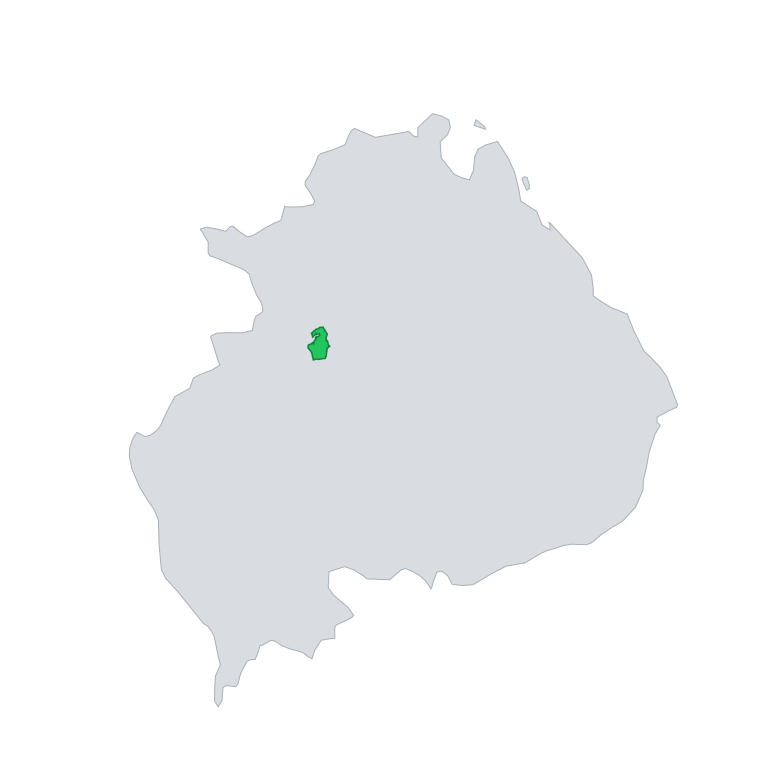 location of Kampong Siem, Kâmpóng Cham, Cambodia, rotated 161°
{"feature_id": "14789045B55326274387171", "entity_name": "Kampong Siem", "entity_type": "district", "adm_level": 2, "iso_a3": "KHM", "parent_name": "Cambodia", "parent_adm1": "Kâmpóng Cham", "projection": "robinson", "projection_center": [105.438, 12.055], "detail": "fine", "context": "in_parent", "style": "filled", "palette": "green", "viewbox_px": 768, "rotation_deg": 161, "n_neighbors": 0, "source": "geoboundaries", "source_scale": "gbopen_adm2", "svg_char_len": 7087}
<svg xmlns="http://www.w3.org/2000/svg" viewBox="0 0 768 768"><g transform="rotate(161 384 384)"><path d="M645.8,132.8L647.4,139.2L643.1,151.4L638.6,162.5L630.0,172.1L629.6,179.3L626.7,200.5L627.8,207.2L629.8,213.0L632.6,216.1L640.1,236.9L647.0,255.7L653.7,271.3L654.9,281.1L648.8,305.9L641.6,328.7L642.3,340.1L645.4,351.5L648.7,366.7L650.0,386.1L648.2,398.8L645.0,406.7L638.8,414.7L633.4,418.8L626.9,412.0L621.7,411.7L614.8,413.7L609.3,416.9L598.2,428.7L585.9,440.2L568.9,443.2L562.3,451.7L555.2,452.9L541.7,453.3L532.9,455.3L533.3,459.6L532.6,479.9L532.8,484.7L531.4,485.9L525.3,486.5L515.0,483.4L501.0,478.4L491.0,477.6L485.9,486.5L482.9,489.9L479.1,490.5L475.2,492.0L473.8,496.0L473.5,500.9L475.4,509.3L476.2,522.7L475.7,531.9L479.3,537.7L500.7,557.1L507.0,562.0L507.7,564.9L504.0,575.5L507.3,590.3L500.6,590.0L489.5,583.7L484.1,579.8L477.7,582.9L475.4,582.3L471.0,575.0L465.3,567.5L459.4,567.0L447.0,570.0L434.2,572.0L429.4,572.0L427.4,573.3L420.0,584.4L416.9,582.5L404.1,578.3L392.4,576.7L390.0,579.6L391.4,588.6L394.0,597.5L392.5,601.2L386.0,605.9L377.5,614.3L372.3,620.8L368.7,622.4L355.8,622.1L342.9,623.0L337.7,629.1L332.9,633.9L328.7,635.2L311.8,620.0L278.4,614.7L274.8,608.0L271.6,606.7L268.5,615.4L250.1,623.8L242.4,618.7L236.8,612.6L237.6,605.1L242.9,599.0L252.1,594.6L256.3,579.2L249.4,559.5L243.3,553.7L236.9,549.2L230.1,556.5L224.4,569.0L218.5,575.5L210.1,576.9L197.8,576.4L193.1,557.7L191.6,541.6L193.3,523.3L195.2,512.4L183.4,497.4L182.8,483.2L177.1,475.8L175.4,479.5L175.5,483.6L173.9,480.7L155.4,438.8L152.3,419.4L155.6,404.4L157.5,399.4L152.1,391.6L144.6,382.6L131.3,370.9L130.4,352.4L127.5,330.5L123.5,323.2L117.4,309.7L114.2,298.6L113.1,269.1L114.8,266.7L124.3,265.9L136.4,263.8L138.3,259.0L136.2,255.1L144.0,248.4L155.1,233.8L163.8,218.5L170.0,208.9L173.7,199.3L186.2,185.7L203.5,176.4L215.2,174.2L227.3,171.0L239.0,166.4L244.6,166.0L259.0,171.5L266.9,172.9L275.1,172.8L283.6,173.4L291.0,172.8L308.8,169.0L327.6,172.0L344.4,169.6L365.2,165.2L375.5,168.0L384.8,172.4L386.1,181.4L388.2,185.5L391.3,188.7L395.4,188.7L400.8,182.4L405.2,176.0L406.6,174.8L406.9,177.9L409.1,184.9L413.0,191.8L417.0,196.4L423.7,202.5L428.1,202.8L442.3,197.0L463.6,205.3L466.1,209.5L473.0,218.0L480.5,224.1L497.1,224.5L503.1,209.5L500.2,200.4L490.7,184.5L488.1,175.1L491.1,173.5L507.2,171.7L509.8,169.9L513.3,159.6L517.7,160.7L526.6,162.1L536.0,155.0L541.6,147.6L544.6,151.0L548.0,156.2L551.6,159.2L558.4,163.6L565.9,169.9L570.5,176.1L574.2,178.5L583.8,176.7L586.3,177.0L591.9,169.5L595.7,165.5L599.0,166.6L603.9,166.5L613.8,157.0L619.5,148.3L622.6,146.0L631.5,150.3L635.1,149.4L640.2,137.5L645.8,132.8ZM186.9,533.0L185.0,534.1L183.3,534.1L181.5,532.3L181.7,525.6L183.0,521.5L186.0,520.7L186.9,533.0ZM214.7,599.3L211.0,603.8L205.0,594.5L205.1,591.8L214.7,599.3Z" fill="#d9dde1" stroke="#a8b0b8" stroke-width="1"/><path d="M423.1,437.4L423.5,438.5L423.9,439.4L423.9,439.6L423.8,440.1L423.7,440.4L423.7,440.7L423.6,441.0L423.5,441.4L423.5,441.9L423.5,442.2L423.4,442.6L423.4,442.9L423.8,443.0L424.0,443.0L424.3,443.1L424.4,443.3L424.3,443.5L424.2,443.6L424.0,443.8L423.9,443.9L423.9,444.2L424.0,444.4L424.1,444.6L424.2,444.8L424.2,445.0L424.0,445.3L423.8,445.7L423.7,446.1L423.6,446.7L423.5,447.1L423.2,447.5L422.4,448.3L421.7,449.1L421.6,449.3L421.4,449.4L421.3,449.5L421.4,449.9L421.5,450.1L421.6,450.4L421.7,450.7L421.8,450.9L421.9,451.1L421.9,451.4L421.9,451.7L422.0,452.1L422.0,452.5L422.0,452.9L422.1,453.1L422.3,453.4L422.5,453.6L422.6,453.8L422.5,454.1L422.4,454.4L422.4,454.7L422.4,455.1L422.6,455.3L422.7,455.6L422.8,455.8L422.9,456.1L423.0,456.3L423.0,456.6L423.0,456.9L423.0,457.1L423.0,457.3L423.0,457.5L423.5,457.6L424.0,457.8L424.3,457.9L424.6,457.9L424.9,458.0L425.1,458.1L425.3,458.2L425.6,458.3L425.8,458.3L426.0,458.4L426.4,458.4L426.6,458.4L426.9,458.3L427.1,458.1L427.4,458.0L427.7,457.9L428.0,457.7L428.5,457.6L428.8,457.6L429.3,457.7L429.5,457.7L429.6,457.8L429.9,457.8L430.2,457.9L430.7,457.9L431.0,457.7L431.4,457.4L431.7,457.3L432.1,457.2L432.6,457.1L433.0,456.9L433.3,456.7L433.5,456.6L434.0,456.5L434.2,456.4L434.5,456.3L434.7,456.1L434.9,456.0L435.1,455.9L435.4,455.8L435.6,455.7L435.8,455.6L436.0,455.6L436.0,454.9L436.0,454.2L436.0,453.5L436.1,452.7L436.1,451.9L436.1,451.6L435.9,451.7L435.6,451.9L435.4,452.0L435.2,452.1L434.9,452.3L434.7,452.4L434.4,452.6L434.2,452.7L434.0,452.8L433.6,453.0L433.3,453.2L432.8,453.5L432.5,453.6L432.1,453.9L432.0,454.0L431.9,453.7L432.0,452.8L428.8,452.8L428.8,451.1L428.9,450.9L429.2,450.8L429.5,450.7L429.8,450.6L430.1,450.5L430.4,450.5L430.6,450.5L430.9,450.4L431.1,450.3L431.3,450.3L431.5,450.4L431.6,450.5L431.8,450.4L432.0,450.4L432.2,450.5L432.4,450.6L432.5,450.7L432.6,450.8L432.7,450.7L432.7,450.4L432.7,450.2L432.8,450.2L433.1,450.2L433.2,450.3L433.4,450.4L433.5,450.4L433.7,450.2L433.7,449.9L433.5,449.7L433.4,449.5L433.4,449.4L433.4,449.1L433.4,448.9L433.5,448.9L434.3,448.8L434.5,448.6L434.5,448.3L434.6,448.2L434.8,448.1L435.0,447.9L435.3,447.6L435.5,447.5L435.8,447.4L436.2,447.3L436.3,447.2L436.5,446.9L436.6,446.6L436.8,446.2L437.0,445.8L437.1,445.5L437.3,445.2L437.5,445.0L437.6,444.8L437.8,445.2L438.0,446.4L438.2,446.5L439.2,445.7L439.5,445.6L440.8,445.6L441.1,445.6L441.3,445.6L441.5,445.7L441.8,445.7L442.1,445.7L442.9,445.4L443.4,444.6L443.6,444.2L443.8,443.6L443.9,443.4L444.0,443.1L444.0,442.8L444.0,442.6L444.0,442.4L443.9,442.3L443.9,442.1L443.8,441.9L443.7,441.7L443.6,441.4L443.4,441.2L443.3,440.8L443.2,440.6L443.1,440.4L443.1,440.2L442.9,440.0L442.9,439.8L442.8,439.6L442.7,439.4L442.7,439.1L442.6,438.9L442.6,438.7L442.5,438.3L442.4,438.0L442.4,437.8L442.2,437.6L442.2,437.4L442.1,437.2L442.2,436.9L442.2,436.5L442.2,436.4L442.2,436.0L442.3,435.9L442.3,435.7L442.4,435.2L442.4,434.9L442.4,434.7L442.5,434.5L442.5,434.3L442.5,434.0L442.5,433.9L442.6,433.7L442.6,433.4L442.6,433.2L442.6,432.9L442.6,432.7L442.7,432.3L442.7,432.2L442.7,431.9L442.7,431.6L442.7,431.4L442.8,431.2L442.8,430.9L442.8,430.7L442.9,430.3L442.9,430.2L443.0,430.1L443.0,429.9L442.8,430.0L442.7,430.0L442.4,429.9L442.0,429.7L441.8,429.7L441.7,429.7L441.3,429.7L441.1,429.6L440.8,429.8L440.5,429.8L440.4,429.8L440.2,429.8L439.9,429.7L439.5,429.5L439.4,429.5L439.1,429.4L438.9,429.3L438.8,429.2L438.7,429.1L438.7,428.9L438.4,428.7L438.2,428.7L437.9,428.6L437.6,428.5L437.2,428.5L436.9,428.5L436.5,428.5L436.2,428.4L435.7,428.2L435.0,428.0L434.3,427.9L433.7,427.9L433.2,427.8L432.7,427.8L432.2,427.6L431.7,427.4L431.3,427.3L431.2,427.3L430.7,428.0L430.2,428.6L430.0,428.9L429.9,429.0L429.6,429.3L429.5,429.5L429.3,429.9L429.1,430.3L429.0,430.5L428.9,430.7L428.8,430.9L428.6,431.2L428.5,431.4L428.4,431.7L428.3,431.9L428.1,432.1L428.1,432.3L428.0,432.5L427.9,432.7L427.9,432.9L428.0,433.1L427.9,433.3L427.7,433.4L427.6,433.5L427.3,433.6L427.2,433.7L427.2,433.9L427.1,434.1L427.0,434.5L426.9,434.7L426.8,434.9L426.7,435.0L426.6,435.4L426.5,435.7L426.5,435.9L426.5,436.2L426.4,436.3L426.2,436.4L425.8,436.5L425.4,436.6L425.2,436.6L424.9,436.8L424.7,436.9L424.3,436.8L424.2,436.9L424.2,437.1L424.1,437.3L423.8,437.5L423.6,437.5L423.4,437.5L423.2,437.4L423.1,437.4Z" fill="#22c55e" stroke="#15803d" stroke-width="1.5"/></g></svg>